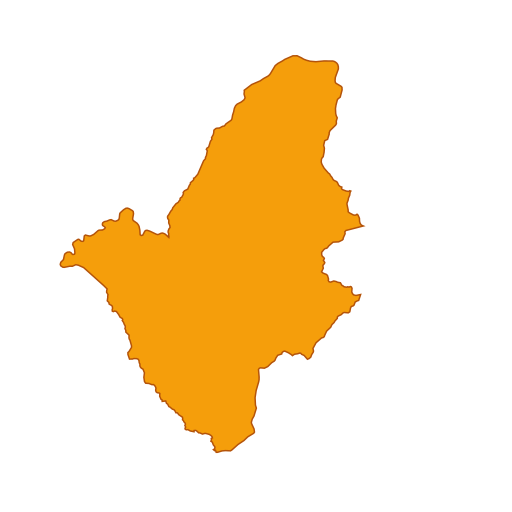 outline of Nova Canaã do Norte, Mato Grosso, Brazil, rotated 148°
{"feature_id": "56859067B70973465744511", "entity_name": "Nova Canaã do Norte", "entity_type": "district", "adm_level": 2, "iso_a3": "BRA", "parent_name": "Brazil", "parent_adm1": "Mato Grosso", "projection": "mercator", "projection_center": [-56.025, -10.669], "detail": "fine", "context": "isolated", "style": "filled", "palette": "amber", "viewbox_px": 512, "rotation_deg": 148, "n_neighbors": 0, "source": "geoboundaries", "source_scale": "gbopen_adm2", "svg_char_len": 6156}
<svg xmlns="http://www.w3.org/2000/svg" viewBox="0 0 512 512"><g transform="rotate(148 256 256)"><path d="M141.2,260.8L141.9,261.7L143.2,261.7L145.0,263.2L147.3,266.2L147.8,267.3L147.5,268.3L146.7,268.9L148.0,270.7L148.4,272.2L148.0,275.4L148.3,276.5L149.7,278.7L150.1,280.0L149.9,282.5L150.2,284.3L150.1,286.6L150.7,288.1L151.7,294.4L151.5,298.9L150.9,301.1L149.2,303.4L147.9,304.2L146.4,304.6L143.3,307.9L140.9,311.1L140.0,314.0L136.6,317.4L133.5,317.0L129.3,320.6L128.7,321.7L126.8,323.1L119.1,324.8L117.7,325.6L116.4,327.9L113.9,330.1L113.6,332.6L112.9,334.6L110.5,338.9L108.2,341.6L104.3,345.3L103.1,345.8L100.4,346.1L95.0,351.2L93.7,353.5L93.9,354.8L96.6,360.0L96.7,361.2L96.1,362.7L94.1,365.4L87.0,371.0L85.8,373.0L85.2,375.1L85.3,376.7L85.8,378.2L86.5,379.5L87.5,380.6L95.0,385.4L102.2,389.0L106.9,392.5L109.5,395.3L111.3,397.7L112.4,399.9L115.0,404.0L118.6,406.2L127.4,407.5L130.2,407.4L135.3,407.7L138.8,407.3L146.8,403.2L148.5,402.5L150.6,402.2L155.7,402.5L159.6,402.3L168.8,403.7L178.2,402.8L178.7,401.7L180.3,399.7L181.4,396.0L182.3,395.4L183.4,394.8L186.8,394.4L191.5,394.8L193.6,394.3L196.0,392.8L198.6,390.1L201.2,387.9L203.8,385.0L205.1,384.3L211.3,384.0L213.9,383.0L215.6,383.7L219.2,383.9L221.4,385.1L222.6,385.4L225.0,385.0L226.5,383.0L227.9,381.6L231.0,379.9L231.5,378.4L233.9,377.4L237.9,373.9L239.0,373.4L240.2,373.5L241.6,372.8L241.5,371.1L244.9,367.4L246.6,366.4L247.3,365.3L250.0,364.5L262.0,356.2L266.4,354.8L267.7,355.0L268.2,353.9L269.5,353.4L272.8,352.9L273.7,351.7L275.0,351.3L278.4,348.9L282.1,349.2L284.1,348.5L284.6,347.2L285.5,346.5L287.9,345.2L289.3,345.3L290.3,344.6L290.7,343.7L292.2,343.4L293.5,342.7L296.2,342.7L301.0,341.0L302.5,339.8L304.5,339.2L308.0,337.3L309.6,336.7L310.4,336.0L311.0,334.5L310.9,332.7L312.5,330.3L313.0,327.4L313.8,325.7L315.5,325.1L317.2,323.8L317.9,322.8L318.2,321.3L319.1,320.0L319.4,318.9L320.1,318.0L321.4,322.6L322.2,323.9L323.1,325.0L324.4,325.6L327.0,325.9L328.1,326.3L329.0,327.3L332.9,333.4L334.8,335.6L336.0,336.1L337.1,336.0L341.0,333.7L342.5,334.2L343.0,335.4L340.8,339.5L339.5,343.0L339.3,344.6L339.5,346.8L341.3,351.1L341.2,352.3L340.6,353.3L337.5,356.7L336.6,358.7L336.7,359.8L338.5,363.3L339.5,364.6L340.9,365.4L343.8,365.4L348.2,364.6L349.2,364.0L351.8,360.7L352.8,359.8L354.0,359.5L356.5,359.8L357.8,360.8L359.6,363.6L361.1,364.2L363.9,364.6L366.4,365.5L368.3,365.4L369.4,364.5L369.9,363.2L369.0,361.2L368.8,359.9L370.0,359.3L372.4,359.4L375.4,361.1L376.6,361.2L382.2,360.3L385.2,360.6L386.2,360.9L387.2,361.7L389.6,364.2L391.0,364.0L394.0,360.3L395.0,360.1L396.4,361.1L397.4,364.1L398.4,364.5L403.9,364.3L405.4,362.9L406.1,358.3L408.0,354.5L409.0,353.7L410.5,354.3L411.0,355.4L411.1,356.8L412.0,358.2L414.0,359.2L416.0,359.2L417.1,359.0L417.9,358.4L421.2,355.0L424.9,354.1L426.4,352.7L426.8,351.2L425.8,348.9L424.6,348.0L419.3,346.0L417.1,344.6L413.4,344.1L411.5,342.3L408.3,337.5L400.8,311.6L399.7,306.9L400.6,306.2L401.9,304.5L402.0,301.6L403.0,300.6L403.6,299.5L405.9,296.8L405.4,294.6L406.0,293.0L404.8,290.8L404.5,289.5L405.4,287.6L406.5,286.6L407.1,285.3L406.4,284.4L405.2,284.3L403.8,282.9L403.5,279.2L403.7,276.1L402.5,273.8L402.7,272.7L403.6,272.2L403.5,269.9L404.0,267.5L403.9,266.4L404.5,264.9L405.6,263.9L405.8,262.0L406.7,260.4L405.6,256.1L406.8,254.4L407.5,252.9L407.5,251.4L409.2,245.7L410.1,244.4L414.3,242.3L415.8,242.0L416.8,240.3L417.9,235.6L415.2,234.0L414.0,233.8L411.6,232.2L410.7,231.1L410.6,229.5L411.6,227.3L411.7,225.9L412.7,224.3L412.9,223.2L412.7,221.6L411.8,219.9L412.5,216.1L415.4,212.5L417.1,208.6L417.0,206.6L414.3,204.6L412.4,202.0L411.1,201.3L410.6,199.9L410.6,198.1L410.9,196.9L412.2,195.4L412.7,193.8L412.2,192.4L411.0,191.4L410.4,190.4L412.0,188.1L412.5,184.7L411.9,183.6L412.6,182.4L409.4,180.9L410.0,178.4L409.4,177.3L409.7,174.5L409.0,173.4L408.1,170.5L407.0,169.1L406.8,167.5L407.0,165.5L405.9,164.8L405.6,163.7L405.7,162.6L403.8,158.3L404.3,157.0L405.1,156.1L404.8,154.8L405.0,153.5L404.7,152.2L404.9,150.8L406.1,150.0L406.3,148.2L407.5,147.5L407.8,146.4L407.0,145.4L405.7,144.8L404.5,142.5L401.7,139.8L401.0,140.8L399.9,140.3L399.2,139.6L398.3,136.4L397.3,135.7L395.8,133.4L393.2,132.6L391.9,131.4L390.1,129.4L389.3,127.6L389.0,126.2L389.4,124.8L390.6,125.0L391.1,123.8L392.4,122.8L391.7,121.3L392.3,118.4L392.0,116.3L392.4,115.2L393.6,114.3L394.7,114.4L394.3,112.9L393.3,112.7L393.8,110.6L392.6,109.9L388.1,108.7L385.1,107.2L380.9,104.3L379.2,104.3L371.1,105.7L364.0,105.9L358.8,107.0L351.9,106.9L350.6,107.5L349.3,110.4L348.6,116.1L348.1,117.4L345.6,119.7L342.6,121.3L336.3,126.8L335.5,129.8L331.9,136.3L327.2,141.8L320.6,147.7L319.0,149.4L317.5,151.7L314.0,158.5L312.7,159.0L311.5,158.8L308.3,156.4L304.6,156.0L299.2,157.2L296.2,157.2L295.0,157.6L293.3,158.9L290.2,160.3L286.1,159.3L284.9,160.4L283.1,160.5L282.0,160.1L279.8,156.8L278.3,153.7L277.9,152.2L275.4,152.3L272.4,151.0L270.3,150.5L269.6,149.8L269.4,148.5L267.9,146.2L267.1,141.2L265.4,140.9L263.2,141.2L261.0,142.9L258.5,144.1L257.6,144.9L256.7,147.4L251.1,150.6L243.7,151.8L242.5,151.3L240.9,151.4L239.7,152.4L235.9,154.9L230.4,156.0L228.0,157.6L225.1,158.2L223.4,159.1L220.1,160.0L219.3,161.2L218.1,161.5L214.9,161.1L212.3,161.6L211.2,161.4L207.9,158.9L206.0,159.0L203.4,161.8L201.9,162.7L200.0,162.2L198.9,162.4L196.3,164.4L193.9,164.3L192.5,163.9L187.7,167.9L191.5,169.3L192.4,169.8L193.8,171.3L194.1,172.8L193.9,174.7L191.7,177.7L191.5,179.2L192.1,180.1L193.6,180.3L194.5,181.3L195.5,181.4L197.6,183.2L197.9,184.3L198.7,185.6L198.6,188.6L200.7,190.5L201.6,191.9L203.3,193.6L206.6,194.3L207.7,195.5L207.7,197.0L206.7,198.0L205.7,201.6L206.0,203.0L208.1,205.8L208.8,207.8L205.4,210.0L204.5,212.3L203.5,212.9L202.0,213.3L201.1,214.1L201.2,216.5L199.4,217.6L199.3,218.8L199.9,220.5L199.7,222.1L198.4,224.3L195.0,225.5L193.5,225.7L192.0,225.1L191.0,225.2L189.0,226.0L183.3,226.9L178.4,224.2L174.5,223.8L173.4,224.0L172.4,225.1L168.6,227.7L167.8,229.5L166.3,230.0L149.1,224.6L150.3,226.4L150.4,228.5L149.8,230.5L148.3,233.2L147.8,236.6L148.2,237.9L149.4,237.8L150.5,238.2L151.6,239.1L153.9,243.0L154.4,244.7L153.5,246.1L151.4,251.7L150.8,252.6L148.2,254.6L146.9,256.1L144.3,257.9L142.5,260.1L141.2,260.8Z" fill="#f59e0b" stroke="#b45309" stroke-width="1.5"/></g></svg>